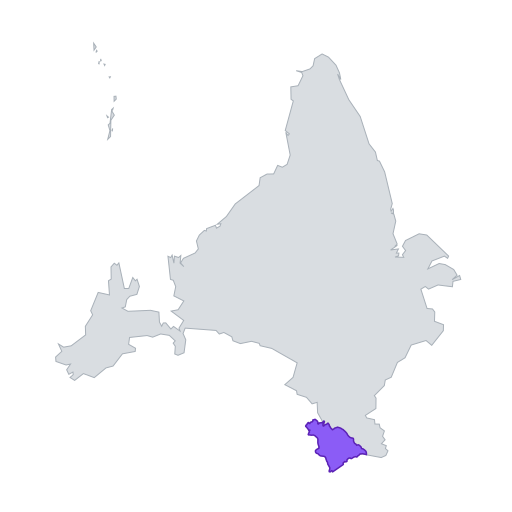 where Ladakh sits in India, rotated 178°
{"feature_id": "IND-20012", "entity_name": "Ladakh", "entity_type": "Union Territory", "adm_level": 1, "iso_a3": "IND", "parent_name": "India", "parent_adm1": "", "projection": "mercator", "projection_center": [77.875, 33.921], "detail": "fine", "context": "in_parent", "style": "filled", "palette": "violet", "viewbox_px": 512, "rotation_deg": 178, "n_neighbors": 0, "source": "natural_earth", "source_scale": "10m", "svg_char_len": 6875}
<svg xmlns="http://www.w3.org/2000/svg" viewBox="0 0 512 512"><g transform="rotate(178 256 256)"><path d="M52.2,225.4L60.0,223.8L60.8,218.4L75.1,220.7L84.7,216.9L87.9,219.6L92.4,217.1L86.9,197.6L81.5,196.9L79.3,193.8L79.9,184.5L71.0,180.8L71.4,174.8L83.5,160.6L89.0,165.6L104.0,161.6L110.6,149.1L118.4,144.7L125.1,130.1L131.1,127.6L132.3,122.0L142.6,112.3L141.0,109.8L141.5,99.4L152.3,92.9L151.0,90.3L143.3,88.3L143.0,83.9L138.7,83.7L138.0,80.0L133.8,76.7L135.8,71.4L133.4,67.8L137.2,64.0L132.4,61.9L133.4,59.1L130.9,56.7L133.2,52.1L137.9,50.2L157.6,54.6L170.0,50.7L186.8,37.7L190.2,38.0L189.8,41.9L194.2,52.9L203.2,58.0L199.8,62.9L200.8,71.5L205.5,77.0L206.7,88.2L202.5,90.5L199.4,86.6L195.1,87.9L199.9,97.2L200.0,107.6L205.1,106.3L210.5,113.0L219.7,116.3L220.2,119.9L231.7,126.4L223.2,133.4L218.6,147.8L243.5,163.1L255.0,166.2L255.8,168.6L263.5,170.9L274.7,169.0L282.0,172.1L283.0,176.1L290.8,180.7L295.4,179.3L298.5,183.0L329.3,186.4L331.6,181.1L329.1,174.7L331.3,161.8L337.4,159.5L340.6,160.9L339.8,168.6L341.8,171.8L339.7,174.0L345.4,179.7L354.0,181.4L362.1,178.5L367.6,180.3L385.2,179.0L386.4,172.2L379.6,168.0L380.1,164.8L392.9,162.9L402.7,151.0L409.8,149.4L421.9,140.1L432.6,144.5L441.6,138.0L446.1,141.1L442.8,143.8L443.0,146.4L447.2,144.3L449.2,148.9L445.1,154.5L449.6,153.7L459.6,157.6L459.8,162.0L453.4,167.5L456.5,175.0L451.4,171.6L443.8,172.7L429.0,183.1L429.0,191.7L421.3,202.9L423.1,207.1L415.0,225.1L403.8,222.2L404.3,236.4L401.5,238.0L401.3,250.1L397.9,253.7L395.3,251.6L393.3,253.9L388.7,228.1L384.3,228.0L379.9,238.8L377.4,235.4L375.7,236.9L373.6,229.6L376.4,221.8L383.5,220.2L386.7,217.0L388.4,209.7L391.8,208.7L385.9,205.2L363.4,205.4L355.0,203.3L354.8,193.3L352.7,189.1L351.0,192.3L348.5,192.3L343.6,186.0L340.9,188.5L334.5,183.6L335.5,186.6L330.5,194.1L342.7,203.9L335.7,205.0L329.7,213.6L339.5,219.0L337.3,228.2L339.5,234.6L342.3,235.6L344.0,258.8L341.3,257.4L339.8,259.8L338.3,251.7L337.5,258.7L333.4,257.2L331.1,259.1L332.1,251.5L328.5,247.9L331.6,251.7L328.6,256.2L316.8,261.1L313.4,265.1L315.0,273.1L311.9,278.9L306.7,283.4L304.8,282.7L304.4,285.1L295.5,288.1L294.5,285.2L290.9,287.1L290.0,289.5L293.6,289.1L284.2,296.5L274.9,308.8L250.5,326.3L249.1,334.1L242.2,337.5L235.5,337.4L231.2,345.8L226.6,343.8L221.7,346.5L218.3,355.7L221.9,378.6L219.8,375.3L218.4,376.9L222.4,380.4L213.3,409.7L215.5,411.4L215.3,423.8L208.0,424.7L202.8,434.5L203.9,437.8L209.4,439.8L203.3,438.7L195.5,441.1L192.3,444.1L190.5,451.2L182.9,455.6L176.6,452.2L169.4,443.9L166.2,436.1L165.1,429.4L168.1,435.0L166.5,429.5L157.8,409.0L147.0,391.8L139.1,364.1L133.0,355.7L131.4,347.2L129.3,346.5L124.5,335.6L118.0,303.6L119.8,298.0L119.4,296.1L117.5,298.7L117.0,297.2L117.1,293.9L119.6,294.2L116.8,293.0L115.1,286.0L118.3,273.5L114.5,263.0L116.1,261.5L114.4,261.7L121.3,257.3L113.4,258.1L115.6,254.0L113.1,253.9L113.5,251.2L117.1,250.1L108.4,249.5L109.6,252.2L106.3,256.2L109.3,260.6L106.0,266.3L92.2,272.5L84.6,271.0L63.5,249.2L64.6,247.0L67.7,249.3L80.3,244.9L84.7,237.1L73.2,242.1L67.2,240.8L58.9,235.6L55.7,229.8L60.8,225.5L53.2,229.4L52.2,225.4ZM395.3,406.5L392.7,401.7L396.3,396.7L397.2,380.5L400.1,377.8L397.6,386.4L399.1,392.2L397.3,393.7L395.3,406.5ZM410.7,467.4L410.8,474.3L408.4,470.5L410.7,467.4ZM392.3,420.5L390.4,420.6L390.2,417.7L392.4,415.6L392.3,420.5ZM404.5,456.4L404.3,458.4L403.9,456.6L404.5,456.4ZM406.6,453.7L405.9,456.3L406.1,453.5L406.6,453.7ZM408.9,465.0L408.1,467.1L407.6,466.3L408.9,465.0ZM396.5,440.1L395.3,440.2L395.9,439.1L396.5,440.1ZM394.9,407.6L393.6,408.7L394.2,406.9L394.9,407.6ZM399.5,399.4L400.1,401.3L398.6,399.9L399.5,399.4ZM401.2,453.1L400.1,452.8L400.6,451.7L401.2,453.1ZM395.5,386.3L394.8,388.5L395.2,386.1L395.5,386.3Z" fill="#d9dde1" stroke="#a8b0b8" stroke-width="1"/><path d="M186.8,37.7L187.0,38.1L187.3,38.4L187.6,38.7L188.0,38.8L188.4,38.6L189.0,37.9L189.4,37.7L190.2,37.8L190.4,38.4L190.2,39.4L189.8,40.2L189.6,41.6L190.1,42.9L191.4,45.2L191.6,45.9L191.7,47.2L191.9,47.7L192.5,48.5L192.6,48.8L193.4,52.0L193.8,52.6L194.3,53.1L194.9,53.4L198.1,53.9L198.9,54.2L200.1,55.2L200.8,56.1L201.4,56.4L202.0,56.6L202.5,56.8L202.9,57.2L203.0,57.4L203.3,57.9L203.4,58.3L203.4,58.7L203.4,59.1L203.3,59.5L202.3,60.5L200.9,61.1L199.8,61.8L199.7,63.2L200.4,65.3L200.6,66.4L200.7,67.4L200.5,70.7L200.8,71.6L201.1,72.2L202.4,73.4L202.5,73.4L203.1,74.1L203.5,74.4L203.9,74.6L204.3,74.8L204.7,75.0L205.0,75.1L205.3,75.1L205.7,75.0L207.2,75.0L208.4,75.3L209.5,75.3L210.0,75.7L209.5,77.3L208.8,78.0L208.9,78.9L209.2,79.4L208.4,79.7L208.3,80.0L208.9,80.2L209.4,80.4L210.2,81.4L211.5,83.3L212.2,83.8L212.3,84.4L211.7,85.4L211.0,85.7L210.8,86.4L210.2,87.1L209.8,87.6L209.3,87.7L208.9,86.9L208.1,86.7L207.6,87.7L206.9,88.1L206.6,88.1L206.3,88.1L205.9,88.3L205.5,88.4L205.2,88.7L205.0,89.0L204.9,90.0L204.7,90.3L204.2,90.3L204.0,90.2L203.8,90.3L203.5,90.5L203.3,90.5L202.8,90.7L202.4,90.6L201.9,90.2L201.6,89.8L200.4,88.8L200.2,88.3L199.9,87.4L199.9,87.2L200.0,86.9L200.1,86.6L200.1,86.3L199.9,86.0L199.6,85.9L199.3,86.1L198.9,86.6L198.7,86.8L198.4,86.9L197.9,87.0L195.9,87.1L195.3,87.2L195.0,87.4L195.0,87.7L194.6,87.9L194.0,88.7L193.9,88.7L193.7,88.6L193.5,88.3L193.4,88.1L193.5,87.9L193.6,87.7L193.7,87.0L193.8,86.7L194.0,86.5L194.3,86.2L194.6,86.0L194.8,85.9L194.9,85.7L194.9,85.4L195.0,84.9L195.0,84.6L195.0,84.4L194.8,84.0L194.8,83.9L194.7,83.8L194.6,83.7L194.3,83.8L194.2,83.8L194.1,84.2L194.0,84.3L193.9,84.4L193.5,84.5L193.4,84.6L193.2,84.9L193.0,85.0L192.8,85.0L192.5,85.0L192.3,85.0L192.1,85.1L191.8,85.3L191.5,85.4L191.2,85.4L191.1,85.5L190.9,85.7L190.8,85.8L190.7,85.9L190.6,86.0L190.2,86.4L189.8,86.4L189.6,86.2L189.4,85.7L188.9,85.2L188.7,84.7L188.6,83.8L188.6,83.6L188.4,83.4L188.1,83.2L187.6,82.0L187.2,81.4L186.3,80.5L186.0,80.1L185.9,79.9L185.7,79.7L185.4,79.8L185.1,79.9L184.9,80.1L184.6,80.3L184.4,80.4L184.1,80.5L183.8,80.9L183.6,81.1L183.4,81.2L183.2,81.3L182.6,81.4L182.3,81.5L181.9,81.7L181.2,81.7L181.1,81.8L180.9,82.0L180.5,82.1L178.7,81.5L177.6,81.1L176.9,80.7L175.7,79.8L175.0,79.5L174.8,79.3L174.6,79.1L174.3,78.7L173.5,78.0L173.3,77.8L172.4,76.8L172.2,76.6L171.3,75.4L170.7,74.0L169.8,72.8L168.5,71.5L167.1,70.9L166.0,70.7L165.1,70.3L164.9,69.0L165.0,67.7L164.6,66.6L164.0,65.3L162.7,64.5L162.4,63.9L162.0,63.4L161.4,63.6L160.0,63.7L159.4,63.2L158.7,62.6L158.1,62.0L157.5,61.2L157.4,60.4L157.0,59.8L155.9,59.6L154.3,58.4L152.9,56.9L152.5,55.2L152.6,53.7L156.3,54.7L156.9,54.7L157.7,54.5L158.0,54.5L158.6,54.6L158.8,54.6L159.1,54.3L159.9,53.5L160.8,52.8L161.2,52.7L161.3,52.6L161.5,52.4L161.8,51.9L162.0,51.7L162.5,51.6L163.4,52.0L163.9,51.9L165.3,51.6L167.3,50.4L167.8,50.2L168.3,50.3L168.9,50.8L169.2,50.8L169.4,50.9L170.6,50.6L170.8,50.5L172.1,49.3L172.2,48.9L172.2,48.0L172.3,47.6L172.6,47.4L173.1,47.2L173.6,47.1L174.0,47.3L174.3,47.5L174.6,47.5L174.7,47.4L175.0,47.1L175.8,46.4L176.1,46.1L176.2,45.6L176.0,45.1L176.0,44.7L176.3,44.4L181.6,41.0L186.8,37.7Z" fill="#8b5cf6" stroke="#5b21b6" stroke-width="1.5"/></g></svg>